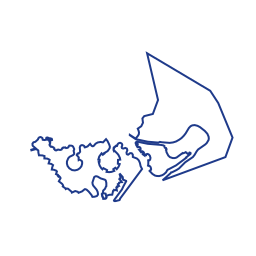 66, Ad Dawhah, Qatar, rotated 166°
{"feature_id": "91078587B46503062575408", "entity_name": "66", "entity_type": "district", "adm_level": 2, "iso_a3": "QAT", "parent_name": "Qatar", "parent_adm1": "Ad Dawhah", "projection": "orthographic", "projection_center": [51.544, 25.36], "detail": "fine", "context": "isolated", "style": "outline", "palette": "blue", "viewbox_px": 256, "rotation_deg": 166, "n_neighbors": 0, "source": "geoboundaries", "source_scale": "gbopen_adm2", "svg_char_len": 5830}
<svg xmlns="http://www.w3.org/2000/svg" viewBox="0 0 256 256"><g transform="rotate(166 128 128)"><path d="M39.2,144.2L91.4,195.9L92.1,147.9L100.5,135.6L109.4,135.6L111.7,133.8L112.2,129.5L114.7,126.5L118.7,125.0L118.4,123.0L118.4,121.0L119.1,119.2L120.3,118.0L122.7,116.2L123.7,116.4L127.9,120.9L128.0,120.6L123.2,115.3L112.1,109.9L102.1,106.5L100.4,106.8L98.7,106.0L91.2,103.5L87.8,103.1L84.6,103.3L81.0,104.3L78.5,105.3L75.7,107.0L73.4,108.8L68.9,113.3L66.8,114.6L65.0,115.0L62.6,114.7L60.0,113.3L57.9,111.4L54.2,106.6L52.4,103.2L51.9,100.1L52.1,98.4L52.7,96.9L55.3,94.3L57.1,93.3L65.2,90.2L67.2,88.6L69.8,85.9L72.1,84.1L80.8,80.9L88.3,76.4L91.0,75.5L95.9,74.4L96.9,74.5L97.5,73.9L107.1,68.9L40.5,76.2L28.9,93.4L34.4,130.4L39.2,144.2ZM145.0,81.7L145.3,79.1L142.6,77.1L142.6,76.8L146.5,72.6L148.7,69.9L158.8,61.5L159.2,60.9L158.9,60.4L157.8,60.1L153.9,60.1L153.3,60.4L152.9,61.3L124.3,84.8L125.0,87.9L124.9,91.2L125.2,93.2L125.6,94.5L126.8,96.3L130.3,98.7L129.8,101.1L130.5,102.6L132.0,103.1L134.2,102.1L135.0,102.4L135.5,103.0L135.4,104.6L134.0,106.6L134.1,108.3L135.4,109.3L137.7,109.2L138.7,109.9L138.8,111.1L137.9,112.3L137.6,113.3L137.8,114.3L138.9,115.4L139.9,115.6L141.0,115.4L142.0,114.7L143.0,113.2L143.7,113.3L143.9,113.7L145.2,113.1L145.2,112.8L146.2,112.7L146.7,112.3L146.9,111.8L146.6,111.4L147.4,110.3L147.2,108.8L146.5,109.0L144.5,105.7L143.8,104.2L143.1,101.0L143.2,99.2L145.4,99.5L146.5,95.8L144.8,95.0L145.4,94.1L146.5,92.7L148.9,90.8L149.9,92.5L152.2,91.6L151.7,89.7L154.6,89.4L156.9,89.7L159.4,90.6L158.5,92.2L161.6,95.0L162.8,94.1L163.7,95.6L164.6,98.5L164.7,101.5L164.6,102.3L163.8,102.1L163.2,104.1L164.4,104.6L162.8,107.3L159.8,109.8L158.9,108.1L157.1,108.9L157.3,109.4L153.4,110.5L150.8,112.7L150.1,114.2L150.2,116.4L151.0,120.2L152.0,122.5L155.7,120.1L158.0,121.1L160.9,121.3L163.3,120.6L165.5,119.0L166.3,118.8L166.9,118.9L167.6,119.5L168.6,121.8L171.7,119.9L174.0,119.6L174.7,119.7L174.8,121.1L176.1,122.3L177.4,122.6L178.6,122.1L179.5,120.8L180.2,116.5L182.1,115.1L182.6,115.5L183.3,115.3L184.3,114.2L182.9,111.4L183.5,109.8L183.6,109.0L183.2,109.2L182.3,108.7L180.9,107.3L180.7,106.1L181.2,104.3L182.5,102.1L184.5,100.6L187.0,99.7L189.8,99.7L192.4,100.7L194.7,103.1L195.8,105.7L195.9,108.2L195.3,110.4L193.3,113.1L191.6,114.2L187.8,115.0L186.6,115.8L186.3,116.7L186.3,119.0L185.5,120.0L185.3,120.8L185.8,123.2L186.3,124.0L187.3,124.6L189.2,125.1L190.2,124.3L190.5,123.7L191.4,123.4L193.0,123.5L193.6,124.4L194.2,124.3L195.0,124.7L195.9,124.7L196.4,124.5L196.4,124.1L197.1,123.9L197.6,123.2L198.0,123.1L199.2,123.1L201.0,124.0L201.5,123.8L202.0,124.0L202.8,123.6L203.8,123.9L204.3,124.5L204.4,125.2L204.7,125.4L204.4,126.2L204.9,126.8L205.0,127.3L205.8,127.7L206.4,128.4L206.8,128.2L207.5,128.5L208.2,130.0L208.2,130.8L207.5,131.3L207.5,132.1L207.1,132.3L207.0,132.6L207.3,133.2L206.9,133.6L207.0,134.0L207.4,133.9L207.6,134.3L207.4,135.5L207.0,135.6L205.1,134.6L204.6,134.7L204.5,135.4L205.1,135.8L204.9,136.2L205.6,136.6L205.7,136.3L208.1,137.6L207.9,137.9L208.6,138.3L208.8,138.0L209.6,138.2L209.9,137.6L207.9,136.2L208.1,135.7L209.5,136.4L211.9,136.5L213.6,137.2L213.5,138.9L214.2,139.8L215.1,140.4L216.3,140.4L217.6,139.6L218.1,138.7L221.3,137.0L223.2,137.0L224.5,135.9L224.8,134.2L224.5,133.4L222.5,130.6L227.1,130.3L227.1,129.7L222.8,129.8L222.3,129.7L220.8,128.4L220.5,127.8L220.9,125.9L221.0,123.0L217.9,122.2L215.8,121.0L216.5,118.7L213.7,117.8L212.2,116.6L211.7,116.0L213.6,112.8L211.1,111.7L209.7,110.1L211.1,108.1L212.0,106.1L210.0,105.4L207.9,103.9L207.5,103.0L209.0,100.7L207.3,99.5L207.0,98.6L207.6,98.4L207.2,97.5L206.3,97.7L205.6,96.3L205.6,95.6L208.0,93.0L205.4,89.7L204.9,88.2L204.9,87.5L205.4,87.0L203.4,84.7L203.2,83.8L202.0,84.1L200.8,83.5L198.2,79.8L198.1,78.9L194.5,79.6L192.1,78.2L191.7,77.1L187.9,77.6L184.8,79.1L184.1,78.9L183.1,78.2L181.5,75.8L179.6,71.7L179.2,69.8L177.1,69.4L174.7,69.5L173.3,70.6L173.1,71.2L172.9,73.4L173.4,75.8L175.7,80.6L175.9,82.1L175.7,83.7L172.7,88.5L171.3,89.0L170.3,88.8L169.2,88.2L166.7,85.7L162.9,83.4L162.3,82.5L162.3,80.0L163.1,76.8L163.4,76.7L165.0,74.6L167.2,73.3L168.0,71.3L169.4,70.3L169.6,67.6L169.0,66.5L168.9,66.8L169.3,67.7L169.1,70.0L168.8,70.4L167.7,70.7L165.6,69.7L165.7,66.5L166.2,65.5L167.4,65.1L170.0,65.8L169.1,65.2L167.2,64.8L166.3,65.0L165.6,65.7L165.3,67.4L162.2,67.7L159.4,67.1L157.7,70.6L156.6,71.4L156.1,70.8L155.2,70.9L153.9,70.1L153.7,73.2L153.1,73.6L152.5,73.3L152.3,74.1L150.8,74.0L151.4,76.0L150.1,76.4L149.9,77.1L148.1,77.2L147.1,77.0L147.7,78.7L148.8,80.4L148.5,80.9L147.7,80.7L147.2,81.3L147.3,85.0L146.8,85.2L145.0,81.7ZM115.4,77.5L113.3,75.3L111.5,74.4L109.3,73.8L106.3,73.9L104.5,74.4L101.9,75.7L100.1,77.6L99.1,78.1L98.6,78.1L98.2,77.5L98.3,78.1L97.8,78.3L90.4,80.1L78.7,85.0L78.8,85.4L73.7,87.7L73.4,88.2L73.4,88.8L74.3,89.3L75.0,88.7L74.5,88.3L75.2,88.0L76.1,88.2L77.3,89.8L77.3,90.6L77.0,90.8L78.9,90.3L81.2,90.1L81.3,90.4L88.0,87.6L89.9,87.5L91.9,88.0L94.4,89.6L95.6,91.5L96.5,95.3L96.3,97.1L95.9,97.8L96.3,97.9L96.0,98.5L96.0,100.2L96.2,99.4L97.1,100.0L97.2,101.3L97.0,101.5L96.5,101.3L97.9,102.6L100.6,103.8L112.7,107.9L122.5,112.6L123.1,112.6L124.0,112.0L124.3,111.0L124.1,110.7L124.1,111.4L123.2,111.4L122.4,110.3L122.6,109.3L123.0,108.9L123.7,109.0L123.8,109.4L124.1,109.3L123.2,106.3L123.2,107.0L121.9,107.0L121.0,106.3L120.7,105.4L120.9,104.3L121.4,103.7L122.0,103.6L122.3,104.3L122.5,104.3L121.1,101.1L120.9,101.1L121.2,101.8L120.0,102.1L118.9,101.2L118.5,100.2L119.0,98.8L119.3,98.5L119.8,99.1L120.0,98.9L118.5,97.1L118.4,97.3L118.7,97.6L118.0,98.0L117.3,98.1L117.3,97.5L117.1,97.4L117.0,98.1L115.2,98.1L114.1,97.1L113.5,95.8L113.4,93.6L114.2,91.9L115.1,91.4L115.8,91.4L116.1,91.5L116.2,92.7L116.3,91.1L116.9,88.6L117.5,86.9L118.2,85.9L117.4,86.6L116.9,86.5L116.2,85.9L115.5,84.5L115.5,82.5L116.0,81.7L117.0,81.1L117.9,81.9L115.4,77.5Z" fill="none" stroke="#1e3a8a" stroke-width="2"/></g></svg>